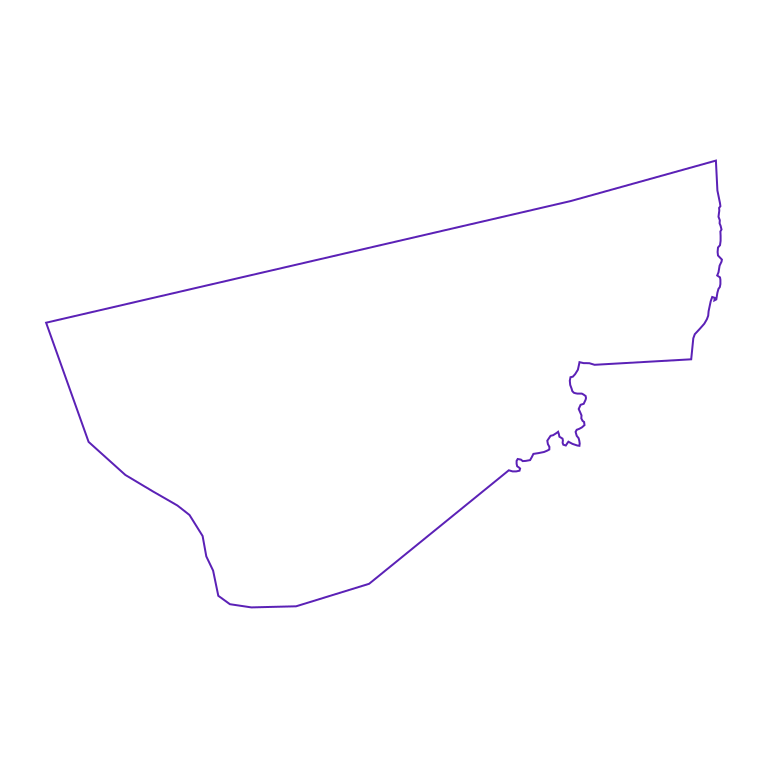 Mukah, Sarawak, Malaysia (Mercator projection)
{"feature_id": "92858781B93541557808123", "entity_name": "Mukah", "entity_type": "district", "adm_level": 2, "iso_a3": "MYS", "parent_name": "Malaysia", "parent_adm1": "Sarawak", "projection": "mercator", "projection_center": [112.554, 2.823], "detail": "fine", "context": "isolated", "style": "outline", "palette": "violet", "viewbox_px": 768, "rotation_deg": 0, "n_neighbors": 0, "source": "geoboundaries", "source_scale": "gbopen_adm2", "svg_char_len": 1793}
<svg xmlns="http://www.w3.org/2000/svg" viewBox="0 0 768 768"><path d="M691.2,359.3L693.3,338.3L694.8,334.2L700.0,328.6L704.3,323.7L706.9,319.2L708.2,315.7L708.6,311.2L710.7,301.3L712.2,297.0L714.8,297.9L714.4,300.4L716.3,299.4L717.4,292.7L718.5,288.8L719.8,287.1L720.4,284.1L720.4,281.7L720.4,279.8L720.0,277.4L717.2,275.5L718.5,272.3L719.6,265.6L721.5,261.7L721.9,259.6L718.0,255.5L717.6,252.0L718.0,247.5L720.0,245.2L720.6,240.9L720.6,235.9L720.4,231.4L721.5,229.5L720.6,225.8L719.6,223.4L719.8,220.2L718.5,216.8L718.9,213.5L719.3,210.7L719.1,207.9L720.4,206.2L720.0,203.2L717.4,190.5L715.9,160.6L570.5,201.1L46.1,322.7L88.6,441.9L125.4,475.0L152.7,491.3L177.4,505.5L189.5,515.0L202.6,536.0L206.3,556.4L213.1,570.6L218.3,595.8L229.9,604.2L251.4,607.4L296.1,606.3L369.1,583.8L508.8,470.3L512.6,471.4L516.2,471.4L519.5,470.7L520.1,468.5L518.7,467.3L517.2,466.3L516.6,463.8L516.6,460.9L517.7,459.0L520.9,459.6L522.7,461.1L525.7,460.9L530.1,460.1L531.8,457.1L533.4,453.9L538.5,453.1L544.0,452.0L547.3,450.6L549.3,449.5L549.4,446.9L547.9,444.1L547.3,440.7L549.1,438.0L550.6,435.8L553.1,435.2L556.7,432.9L558.1,431.8L558.9,434.2L559.4,436.7L562.5,438.6L562.9,440.4L562.6,442.8L563.3,444.7L565.8,445.5L567.6,442.8L568.4,441.7L572.5,443.9L577.3,445.5L579.4,445.8L579.7,443.6L579.3,440.8L578.6,438.2L576.7,435.8L575.6,431.9L576.7,429.8L579.1,428.9L581.9,427.4L584.5,425.1L584.1,422.0L582.6,420.9L581.3,418.4L581.5,415.4L580.0,411.9L578.7,409.0L580.6,404.8L583.7,403.8L585.6,399.7L586.0,398.0L585.6,396.0L583.3,394.4L581.8,393.6L580.2,393.6L577.3,393.6L575.3,393.2L573.8,392.7L572.3,391.1L571.6,388.7L570.2,384.9L569.8,380.7L570.5,377.2L572.8,376.7L575.1,374.2L577.9,369.7L579.0,364.7L579.5,362.2L583.5,363.1L589.3,363.2L594.6,364.8L691.2,359.3Z" fill="none" stroke="#5b21b6" stroke-width="2"/></svg>